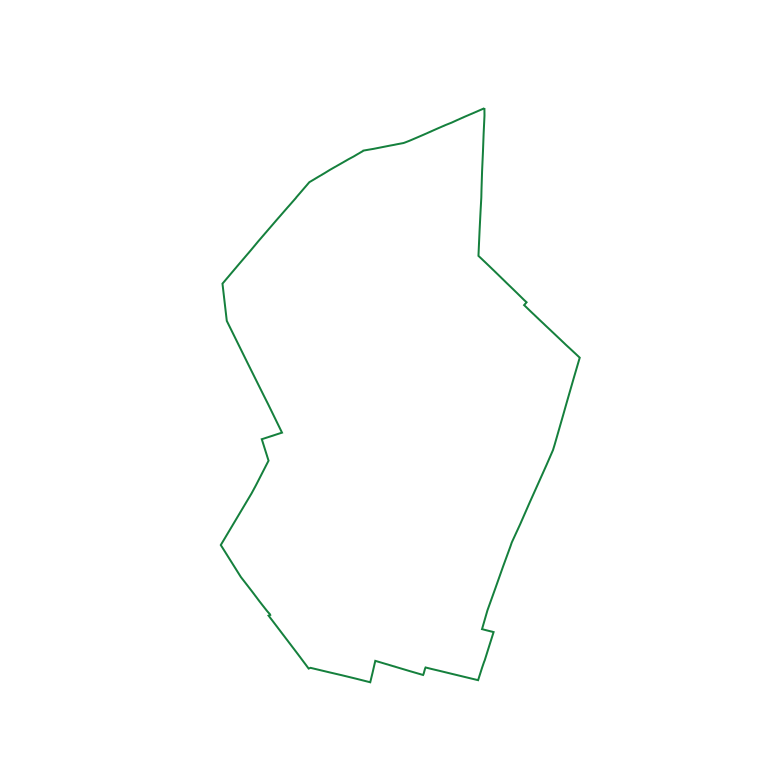 Varias, Timis, Romania (Albers equal-area conic projection), rotated 109°
{"feature_id": "2599482B99754061037877", "entity_name": "Varias", "entity_type": "district", "adm_level": 2, "iso_a3": "ROU", "parent_name": "Romania", "parent_adm1": "Timis", "projection": "albers", "projection_center": [20.97, 45.991], "detail": "fine", "context": "isolated", "style": "outline", "palette": "green", "viewbox_px": 768, "rotation_deg": 109, "n_neighbors": 0, "source": "geoboundaries", "source_scale": "gbopen_adm2", "svg_char_len": 1769}
<svg xmlns="http://www.w3.org/2000/svg" viewBox="0 0 768 768"><g transform="rotate(109 384 384)"><path d="M341.7,569.4L375.5,553.2L408.6,519.8L433.6,494.4L440.9,486.9L459.3,468.5L463.2,464.6L476.0,481.6L476.5,481.2L494.1,468.2L498.2,468.8L521.4,472.1L530.5,473.6L589.4,485.9L613.1,456.5L623.0,441.4L629.9,431.2L632.7,426.9L636.5,421.0L637.9,418.6L638.7,417.1L639.4,416.4L640.6,417.7L667.8,377.0L677.6,362.6L676.3,361.1L674.4,341.7L673.1,329.1L671.7,314.1L670.5,299.9L660.9,300.8L648.6,302.1L647.6,278.7L647.1,266.7L646.4,252.3L645.7,252.2L644.9,252.2L640.0,252.5L638.5,252.4L637.9,245.7L637.1,237.7L635.9,224.8L634.5,210.1L633.4,198.6L620.2,198.9L613.8,198.9L612.8,198.8L598.5,199.2L582.9,199.6L583.9,211.5L564.4,212.5L541.6,212.2L517.6,212.0L496.8,211.6L492.2,211.6L472.3,209.6L448.9,207.7L426.8,205.7L407.8,204.0L391.4,202.7L385.8,202.9L376.0,203.4L360.6,204.2L354.8,204.5L342.2,205.2L316.9,206.5L295.4,207.5L293.0,212.8L287.9,224.4L282.1,237.1L276.6,249.3L272.5,258.3L267.9,268.4L263.8,277.2L260.3,275.8L259.0,278.8L253.4,290.6L248.5,301.1L242.5,313.8L236.5,326.7L232.1,336.4L224.7,338.6L207.4,343.7L188.7,349.1L176.0,352.7L168.8,355.0L151.0,360.5L131.7,366.2L115.2,371.2L97.4,376.4L90.4,378.9L90.6,378.9L90.7,379.0L90.9,379.2L105.2,394.9L110.7,400.8L114.8,405.1L119.1,410.1L124.5,416.0L128.4,420.2L135.1,427.4L140.3,433.1L144.9,438.2L145.8,439.2L148.6,442.5L149.8,444.0L153.1,449.8L154.7,452.5L156.5,455.7L160.8,463.1L165.1,470.5L168.0,475.8L170.1,479.6L170.5,479.7L176.2,484.6L178.7,486.7L183.0,490.7L189.3,496.2L195.3,501.5L199.3,505.0L203.7,508.6L209.9,513.9L217.5,520.3L225.8,523.6L236.1,527.7L236.6,527.8L246.9,532.0L248.3,532.6L264.3,539.1L289.9,549.3L298.1,552.4L301.0,553.5L318.0,560.2L341.7,569.4Z" fill="none" stroke="#15803d" stroke-width="2"/></g></svg>